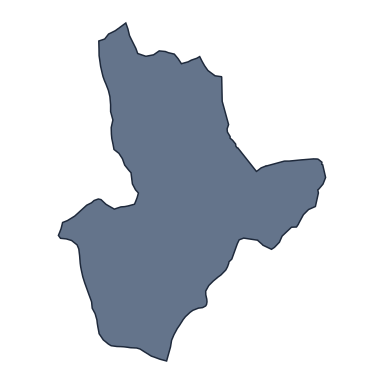 Jabal Eyal Yazid, Amran, Yemen (Robinson projection)
{"feature_id": "15242507B22949154068881", "entity_name": "Jabal Eyal Yazid", "entity_type": "district", "adm_level": 2, "iso_a3": "YEM", "parent_name": "Yemen", "parent_adm1": "Amran", "projection": "robinson", "projection_center": [43.88, 15.77], "detail": "fine", "context": "isolated", "style": "filled", "palette": "slate", "viewbox_px": 384, "rotation_deg": 0, "n_neighbors": 0, "source": "geoboundaries", "source_scale": "gbopen_adm2", "svg_char_len": 2521}
<svg xmlns="http://www.w3.org/2000/svg" viewBox="0 0 384 384"><path d="M199.7,56.6L196.7,58.3L191.1,60.2L191.0,60.4L190.5,60.6L189.1,61.3L188.3,61.8L187.9,61.9L181.4,63.7L178.1,58.7L174.3,54.1L168.4,52.7L165.3,51.5L159.2,50.9L153.6,54.8L150.0,55.5L145.9,56.3L137.7,53.5L135.9,48.5L132.6,41.9L131.0,38.7L129.5,35.6L127.9,28.9L125.8,23.0L121.2,26.4L115.3,30.7L114.7,31.0L110.1,33.3L108.6,34.0L104.7,39.0L98.8,41.0L99.0,49.1L99.1,55.7L100.1,62.6L100.6,66.3L102.1,72.8L103.0,76.5L104.5,80.7L105.9,83.9L108.4,90.4L109.9,96.6L110.6,104.8L110.6,111.6L112.9,120.0L111.2,127.6L111.4,134.2L111.8,138.4L113.1,144.7L114.0,149.5L118.9,153.3L120.7,156.1L122.4,158.7L124.7,165.1L128.6,170.0L130.9,172.6L131.0,172.7L132.4,183.9L135.5,189.8L138.4,193.0L137.2,197.4L135.9,200.8L134.5,204.2L128.3,205.9L124.8,206.6L120.9,206.9L114.3,209.1L110.8,207.1L109.2,206.2L106.0,204.3L101.0,199.6L98.3,199.0L94.1,200.5L91.5,202.8L86.7,205.2L74.7,216.1L67.4,220.6L62.6,222.5L61.1,228.6L59.8,232.0L58.4,235.4L60.5,238.3L66.3,238.9L71.6,240.5L77.1,244.9L78.8,249.0L79.6,255.6L80.2,263.2L80.7,266.9L81.4,270.4L82.8,276.8L84.7,282.8L86.9,288.9L89.2,295.3L90.4,298.5L91.6,301.9L92.2,308.2L95.1,313.6L96.9,319.9L97.3,323.5L97.9,327.1L98.9,332.3L99.1,333.7L103.3,339.9L108.3,344.0L111.1,345.7L116.9,346.5L120.4,346.6L123.9,346.8L127.1,347.2L130.4,347.7L136.6,348.0L140.0,349.0L145.2,352.3L151.3,356.1L154.5,357.2L159.9,359.2L166.6,361.0L167.1,359.2L170.5,347.0L171.6,340.3L174.0,334.6L175.7,331.5L177.3,328.5L179.6,325.2L183.2,319.5L185.4,316.7L190.1,312.3L192.9,310.3L195.2,309.4L198.5,308.1L202.6,307.6L205.6,306.0L206.5,304.6L207.0,301.9L206.8,299.2L205.8,294.8L205.7,291.1L208.8,285.5L213.3,281.0L218.1,277.0L220.9,275.0L225.8,270.0L227.5,266.8L228.7,263.5L229.0,261.8L231.8,259.1L237.3,243.8L239.2,239.8L243.7,238.1L257.6,240.2L257.6,240.3L262.3,244.5L262.9,245.2L267.1,247.2L271.5,249.3L274.4,247.4L275.2,246.6L279.4,242.2L282.1,236.1L291.5,227.2L296.5,227.0L298.4,224.2L298.7,223.4L303.4,214.7L308.6,209.5L315.4,206.5L318.4,193.0L317.8,189.9L318.6,189.3L323.0,184.1L325.6,177.5L325.0,174.8L322.7,164.8L321.8,164.4L321.9,162.2L318.3,159.3L317.3,159.0L313.5,158.9L301.1,159.9L288.9,161.1L284.7,161.1L284.0,161.2L266.0,166.1L265.9,165.9L265.4,166.2L261.1,167.9L258.2,170.2L256.4,171.4L237.8,147.9L237.2,147.9L235.9,146.3L235.6,144.0L232.5,140.2L230.1,138.2L230.1,136.5L227.4,132.0L227.1,128.9L228.6,124.6L222.2,101.3L221.7,77.3L221.5,76.7L215.0,75.8L207.9,70.5L204.6,65.8L202.1,61.4L199.7,56.6Z" fill="#64748b" stroke="#1e293b" stroke-width="1.5"/></svg>